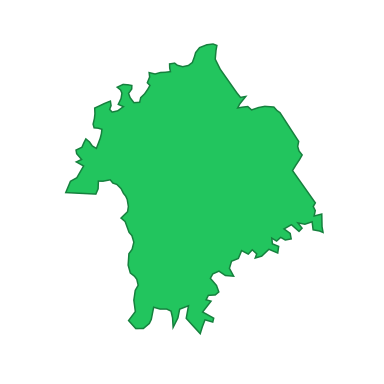 outline of Tapejara, Rio Grande do Sul, Brazil, rotated 241°
{"feature_id": "56859067B25577856249744", "entity_name": "Tapejara", "entity_type": "district", "adm_level": 2, "iso_a3": "BRA", "parent_name": "Brazil", "parent_adm1": "Rio Grande do Sul", "projection": "equal_earth", "projection_center": [-52.006, -28.054], "detail": "fine", "context": "isolated", "style": "filled", "palette": "green", "viewbox_px": 384, "rotation_deg": 241, "n_neighbors": 0, "source": "geoboundaries", "source_scale": "gbopen_adm2", "svg_char_len": 2410}
<svg xmlns="http://www.w3.org/2000/svg" viewBox="0 0 384 384"><g transform="rotate(241 192 192)"><path d="M222.1,305.8L226.6,304.8L228.8,301.5L231.6,297.2L233.6,291.2L234.9,283.9L239.7,282.2L241.5,277.9L243.4,272.7L245.9,276.5L249.5,285.3L251.2,280.3L256.9,279.3L285.7,276.2L296.9,276.7L304.3,281.7L308.1,284.8L311.2,282.2L313.6,276.3L314.6,268.6L312.2,262.8L309.2,259.8L305.1,255.1L304.4,250.2L306.1,244.6L310.0,240.6L313.1,239.3L314.9,234.5L311.2,232.6L307.7,231.5L309.7,226.6L311.8,222.4L313.1,216.9L317.2,212.4L313.1,210.7L309.2,205.9L305.6,206.9L303.3,203.1L300.8,198.1L299.4,192.9L295.8,189.7L298.3,184.5L304.5,183.6L309.0,184.3L311.3,189.2L314.3,191.0L316.7,188.1L319.5,183.9L319.9,177.4L315.9,179.0L312.4,178.6L308.1,175.2L304.4,170.0L299.9,173.4L299.0,166.4L300.6,160.9L304.2,160.0L306.8,163.1L311.1,164.7L311.9,158.0L312.2,152.6L312.6,147.6L307.4,145.0L303.5,142.2L299.3,138.4L295.6,137.5L293.3,140.9L290.5,143.6L286.9,141.0L283.5,137.8L280.5,134.3L276.5,129.5L280.6,127.1L285.5,126.6L289.9,124.9L287.4,121.2L284.5,117.4L284.9,110.9L281.4,109.7L274.0,111.2L274.4,105.4L267.3,109.8L260.3,98.2L260.3,90.9L252.7,81.3L236.8,106.9L240.3,111.4L246.9,115.4L244.6,119.4L242.3,126.4L238.2,127.1L235.0,130.0L229.3,131.6L223.9,131.4L220.5,132.0L216.8,131.7L210.1,129.3L206.0,126.1L203.6,117.3L198.6,119.2L187.2,117.4L183.0,118.3L176.3,116.8L170.9,111.8L168.6,106.9L159.0,100.7L151.1,98.8L146.1,100.9L142.4,101.4L136.5,99.7L133.5,94.7L125.6,88.7L114.9,84.5L110.3,74.2L99.8,76.6L96.2,83.3L97.7,90.9L100.3,94.6L109.8,102.6L105.1,107.3L101.9,113.1L98.0,115.9L91.4,114.0L82.8,109.9L88.7,118.6L95.5,124.4L94.2,133.8L84.3,125.7L74.1,128.1L64.1,130.5L69.1,135.7L73.9,141.4L68.2,147.1L71.1,149.8L81.9,143.1L87.3,155.7L90.9,152.1L93.7,156.2L90.7,162.4L91.6,167.0L98.4,168.1L107.6,166.2L110.3,170.5L109.7,177.2L102.8,180.7L98.2,187.6L107.1,187.7L112.3,193.0L111.4,200.3L116.7,207.0L110.4,211.1L112.2,216.7L106.5,218.6L103.6,215.3L102.1,221.9L104.6,231.5L97.1,237.4L102.4,241.4L107.7,237.2L113.0,239.4L108.1,242.2L109.3,247.6L104.8,250.3L102.9,256.0L108.2,257.8L115.1,254.6L115.2,263.1L105.7,266.5L107.0,270.7L113.7,269.6L109.1,275.1L107.7,282.6L100.2,279.6L96.1,284.6L93.1,287.0L98.6,288.9L109.8,294.8L111.8,287.2L116.0,290.8L120.5,291.0L122.7,294.6L162.0,290.3L164.8,295.2L168.3,301.9L171.0,306.3L176.0,305.5L180.6,306.5L184.5,309.8L218.8,307.4L222.1,305.8Z" fill="#22c55e" stroke="#15803d" stroke-width="1.5"/></g></svg>